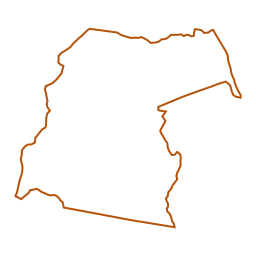 Ibicuitinga, Ceará, Brazil
{"feature_id": "56859067B26407679214114", "entity_name": "Ibicuitinga", "entity_type": "district", "adm_level": 2, "iso_a3": "BRA", "parent_name": "Brazil", "parent_adm1": "Ceará", "projection": "natural_earth1", "projection_center": [-38.546, -4.981], "detail": "fine", "context": "isolated", "style": "outline", "palette": "amber", "viewbox_px": 256, "rotation_deg": 0, "n_neighbors": 0, "source": "geoboundaries", "source_scale": "gbopen_adm2", "svg_char_len": 2004}
<svg xmlns="http://www.w3.org/2000/svg" viewBox="0 0 256 256"><path d="M63.7,207.5L132.1,220.3L135.2,220.8L174.6,227.2L174.0,224.1L171.8,220.6L171.2,217.1L169.6,213.6L167.5,211.7L166.7,208.7L168.1,206.5L167.9,203.4L166.7,201.2L165.9,198.4L167.7,196.2L168.3,192.2L171.0,189.0L173.0,184.6L175.2,182.0L177.2,179.3L176.4,175.9L177.5,171.9L179.2,168.9L180.6,165.3L180.5,161.4L180.8,157.9L180.1,154.2L177.1,152.0L174.7,154.8L171.8,154.9L169.1,151.0L167.8,147.9L167.3,143.0L165.2,140.2L163.4,136.8L161.4,133.6L160.2,130.8L165.4,121.0L162.3,116.4L165.9,111.5L162.0,111.0L158.4,110.2L158.3,106.9L182.6,96.8L199.6,90.6L210.6,86.8L219.5,83.5L225.6,81.6L227.8,83.2L230.3,85.7L231.2,88.9L231.8,91.7L233.3,95.0L236.1,96.8L240.6,97.7L240.6,94.9L238.0,90.6L236.2,86.6L234.9,83.3L233.9,79.1L232.4,76.0L231.3,72.8L230.7,68.9L229.1,63.8L228.1,60.2L227.8,55.8L226.3,52.2L213.0,29.9L210.7,30.8L208.4,32.5L204.3,33.0L201.3,30.2L198.7,29.6L195.0,29.2L194.0,32.6L193.8,35.7L191.3,36.4L188.9,35.0L186.3,34.8L183.9,36.1L180.9,34.3L176.9,34.9L174.0,34.9L171.0,34.8L169.1,36.6L166.9,38.3L164.5,39.1L161.7,39.3L158.6,41.7L154.4,42.7L150.5,42.8L147.7,40.4L144.6,38.6L141.4,37.1L137.9,37.9L134.8,37.7L131.0,38.0L127.8,37.0L123.6,35.9L120.4,34.6L117.1,32.5L89.7,28.8L87.5,30.2L84.3,33.3L82.0,35.6L78.7,38.3L75.5,41.3L72.6,44.1L71.0,46.5L68.1,48.7L64.8,50.9L61.7,52.7L58.7,55.7L58.6,59.8L58.4,62.6L60.4,64.5L63.4,65.9L61.5,73.4L58.7,76.8L56.3,79.7L52.2,83.3L45.7,86.2L44.9,89.5L46.0,93.0L46.5,96.4L47.5,100.9L46.7,104.2L47.4,107.1L49.9,110.6L47.1,113.9L46.4,117.1L46.2,120.3L46.1,124.5L45.4,127.6L42.4,129.1L38.2,134.3L35.3,137.9L34.9,142.5L31.4,144.4L27.6,144.7L24.9,146.6L21.9,150.3L21.8,155.4L20.7,158.2L21.3,162.0L22.4,165.9L22.4,169.5L22.1,172.4L19.5,180.9L17.0,192.4L15.4,196.1L21.1,199.1L23.5,197.1L25.9,195.1L28.6,193.0L30.1,190.2L33.9,189.5L36.9,188.9L39.1,190.2L41.3,191.8L45.4,193.5L48.9,195.2L51.7,195.3L54.3,195.0L56.6,195.9L58.8,198.0L60.4,200.4L62.7,202.3L63.7,207.5Z" fill="none" stroke="#b45309" stroke-width="2"/></svg>